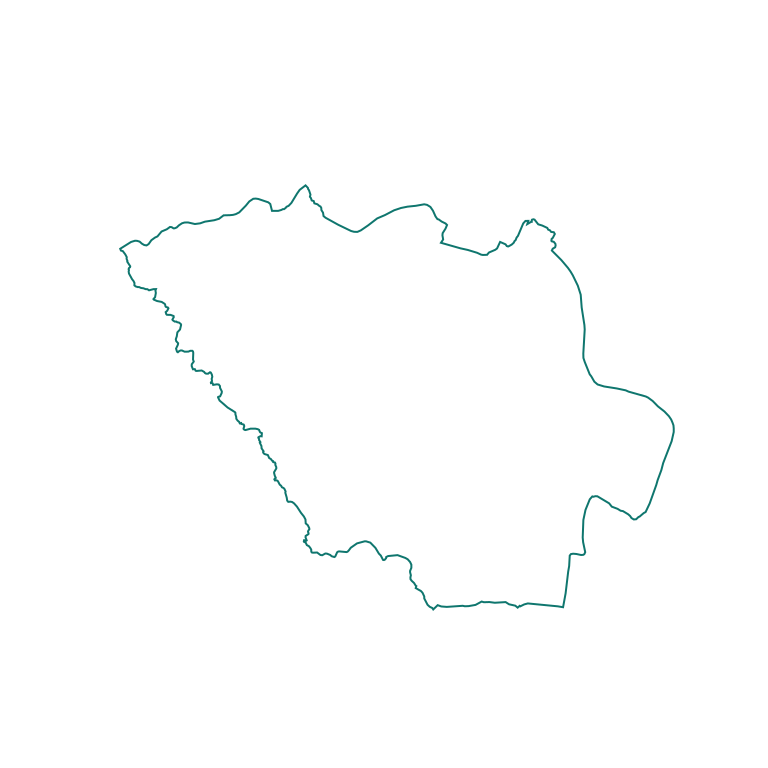 Ziro, Ziro, Burkina Faso, rotated 197°
{"feature_id": "67063806B63771125198412", "entity_name": "Ziro", "entity_type": "district", "adm_level": 2, "iso_a3": "BFA", "parent_name": "Burkina Faso", "parent_adm1": "Ziro", "projection": "orthographic", "projection_center": [-1.788, 11.64], "detail": "fine", "context": "isolated", "style": "outline", "palette": "teal", "viewbox_px": 768, "rotation_deg": 197, "n_neighbors": 0, "source": "geoboundaries", "source_scale": "gbopen_adm2", "svg_char_len": 6153}
<svg xmlns="http://www.w3.org/2000/svg" viewBox="0 0 768 768"><g transform="rotate(197 384 384)"><path d="M147.5,222.9L149.1,236.8L153.0,258.4L153.7,264.0L156.2,274.2L155.5,276.0L153.5,277.0L150.2,277.7L145.5,278.1L143.5,278.9L142.7,279.8L142.4,282.0L147.3,290.9L149.1,295.3L153.6,312.3L154.5,322.5L153.5,333.9L151.9,337.4L150.8,337.4L149.1,338.5L147.1,339.0L133.8,335.7L130.3,333.3L124.1,332.9L120.7,332.0L118.3,332.3L112.4,330.8L110.0,329.7L108.2,328.2L105.5,327.5L103.3,328.4L101.7,331.3L100.9,331.8L97.9,336.5L96.4,338.0L95.0,347.5L94.1,367.0L94.2,372.1L93.6,382.7L93.9,390.0L92.2,413.4L92.9,422.8L93.9,426.1L95.1,429.1L96.8,431.4L99.0,434.0L102.1,436.5L107.8,439.7L115.5,442.7L122.1,446.3L127.5,448.2L130.0,448.6L147.9,448.2L151.0,448.6L160.1,447.8L172.8,446.0L179.6,446.0L183.5,447.7L188.1,452.0L190.1,453.4L198.5,463.8L200.9,467.2L202.3,471.4L208.0,494.8L209.6,499.0L217.3,514.9L222.0,526.9L227.4,534.7L235.2,543.1L238.5,546.1L242.0,548.8L250.7,554.4L262.5,560.7L262.2,562.7L260.3,564.8L260.4,566.7L261.1,568.2L263.2,569.6L265.4,569.5L265.8,569.9L266.1,571.8L265.3,573.1L264.5,577.4L266.0,578.8L268.6,578.3L270.3,579.5L272.1,579.6L273.5,581.0L279.0,581.8L283.2,581.8L288.1,585.2L289.3,585.2L290.5,584.4L290.6,583.6L290.1,582.3L290.9,581.9L293.7,578.8L293.7,582.2L296.4,581.3L297.8,578.3L299.2,564.8L300.0,562.8L300.2,560.1L301.0,558.7L301.2,557.1L302.6,554.7L304.6,552.6L305.5,551.8L306.2,551.8L306.9,551.8L308.6,553.1L314.5,553.8L315.5,546.7L316.8,544.9L322.1,540.4L323.2,537.7L327.2,536.3L329.0,536.1L333.3,536.7L343.0,536.7L350.6,536.1L370.8,535.7L369.7,539.5L371.6,543.3L372.0,545.4L370.6,550.6L370.2,554.5L372.1,555.5L376.4,556.2L379.9,557.4L381.1,557.3L383.7,559.3L387.8,564.0L391.4,566.9L395.2,567.9L398.1,567.6L405.7,563.7L413.3,560.5L419.2,557.3L425.1,553.1L432.5,545.8L438.9,540.4L445.6,531.0L451.1,524.1L453.9,521.7L457.1,520.8L460.2,520.7L474.4,522.9L488.5,525.9L490.9,526.9L492.4,530.0L494.7,532.0L495.5,534.1L496.7,535.2L497.7,535.3L500.2,536.4L503.4,536.4L504.7,538.4L506.8,538.4L508.3,540.5L509.6,541.4L509.7,543.6L512.4,547.4L513.5,548.2L514.1,549.3L517.1,551.0L521.4,545.0L522.8,540.7L525.5,530.1L527.3,526.5L529.0,525.0L529.5,523.7L530.7,522.0L531.8,521.7L533.1,520.4L535.7,518.7L541.7,516.8L545.4,522.9L547.8,523.9L558.3,524.2L560.9,523.8L563.2,522.9L566.2,519.2L568.3,514.1L572.6,505.8L575.4,503.1L577.8,501.6L580.7,500.4L586.7,498.4L590.0,493.8L594.2,491.0L602.7,486.9L606.8,483.9L611.6,481.7L618.6,481.2L622.0,480.1L624.2,478.6L626.5,475.8L628.0,473.1L629.7,471.7L630.8,471.3L632.9,471.9L634.6,471.6L636.9,468.5L641.3,464.8L643.8,458.9L645.8,457.1L648.5,453.5L650.0,449.0L651.6,447.1L653.9,446.8L656.5,447.4L659.3,448.7L662.0,448.7L664.0,448.2L667.4,445.9L675.8,436.2L674.6,434.7L672.6,434.7L669.3,432.3L667.1,430.1L666.8,428.5L665.3,426.6L665.3,425.9L661.1,422.4L661.0,421.5L661.8,420.2L661.8,419.1L661.2,418.4L661.1,417.0L660.2,415.1L655.6,410.6L653.6,409.2L652.2,407.7L651.5,405.3L649.9,404.7L647.7,404.7L646.6,405.1L644.4,404.8L642.0,405.2L639.7,405.0L638.0,405.5L636.1,404.9L632.2,407.3L629.8,408.1L629.9,406.6L628.8,404.3L628.3,400.1L629.3,397.8L628.8,397.4L625.3,397.0L620.6,397.5L617.4,396.6L616.7,396.2L615.6,394.3L614.8,393.9L613.1,394.0L612.3,393.4L612.7,390.7L613.8,388.9L612.6,387.1L611.8,386.7L608.3,387.7L605.1,387.5L604.6,386.5L605.2,383.8L604.7,383.2L602.4,382.5L600.8,383.0L599.9,382.6L597.9,382.8L595.8,381.9L595.3,381.2L595.0,376.5L596.7,373.0L596.1,369.0L596.2,365.9L595.2,364.2L592.8,362.8L592.6,361.3L593.2,357.0L591.4,354.4L590.4,354.1L589.4,355.7L588.3,356.6L587.1,357.0L584.1,356.6L580.5,357.8L579.0,359.1L577.0,359.7L576.2,359.3L575.5,358.0L573.8,351.6L572.5,349.8L573.6,346.7L573.2,345.0L571.0,342.2L569.3,342.9L568.0,341.6L567.0,341.7L562.3,343.6L559.6,343.0L558.3,342.1L557.2,341.9L555.3,342.4L553.8,344.4L553.0,344.3L551.4,342.7L550.3,340.7L550.3,338.5L549.3,336.5L550.0,334.8L549.7,334.2L548.6,334.7L548.0,334.5L547.1,333.2L543.8,334.8L541.9,335.2L540.3,334.1L539.6,332.3L536.9,329.5L536.6,328.0L537.1,324.3L538.8,323.2L538.8,322.7L536.4,320.1L526.7,315.8L518.3,313.5L517.6,312.9L517.3,311.7L515.7,309.3L515.1,307.6L513.3,306.2L511.4,305.4L510.4,304.2L509.2,304.9L508.8,304.1L506.4,304.2L505.8,303.7L505.3,302.8L505.3,300.3L505.0,299.8L504.0,299.4L502.9,299.5L498.5,302.3L493.8,303.7L491.5,303.9L490.0,303.6L488.8,302.0L488.0,301.5L486.4,301.3L485.7,298.2L486.9,298.0L488.5,296.4L488.5,295.9L487.4,294.9L487.1,293.9L485.2,292.3L485.6,291.5L483.1,288.9L482.2,286.6L479.5,284.5L479.8,283.6L478.9,282.6L477.8,282.1L474.3,282.1L472.1,279.6L470.3,279.2L468.5,277.9L467.5,277.8L467.1,276.9L465.3,277.0L464.5,276.1L464.3,274.9L462.7,273.0L462.3,271.7L463.3,267.6L463.1,266.8L461.6,264.3L460.1,262.7L460.1,262.2L460.8,261.6L461.0,260.8L460.1,259.9L458.4,260.5L457.1,260.1L454.3,257.3L452.6,256.6L451.4,255.4L449.7,255.2L448.6,254.6L446.7,252.5L446.6,251.2L443.8,246.9L442.5,244.2L441.1,243.3L439.2,244.1L437.4,244.3L435.2,243.6L431.4,241.3L425.7,236.5L421.9,233.9L419.5,231.5L418.1,227.8L415.6,226.7L413.5,224.5L412.9,223.4L413.5,221.6L413.5,220.5L412.5,219.2L412.4,218.3L414.5,215.8L414.2,214.4L412.2,211.8L412.5,211.4L414.7,211.3L414.7,210.1L414.4,209.7L412.5,209.4L410.7,207.4L408.3,206.9L406.5,205.6L405.2,204.4L404.5,202.4L403.8,201.8L402.6,201.9L398.7,203.3L394.8,201.9L393.0,202.2L390.6,204.7L389.1,205.1L385.5,204.8L383.7,204.0L380.9,204.0L380.2,204.8L379.6,209.4L378.9,210.3L378.0,210.8L370.7,212.3L369.8,213.0L369.0,214.6L367.9,217.7L363.2,223.7L356.5,227.9L355.2,228.3L350.7,228.3L344.3,224.8L339.3,220.3L336.9,219.0L333.5,215.5L332.6,215.6L331.8,216.3L331.1,218.0L331.3,219.2L329.7,220.7L321.0,224.3L312.8,223.9L310.1,223.3L307.0,221.4L305.0,219.2L304.1,216.2L304.4,212.8L303.9,211.4L302.4,209.0L302.2,206.8L301.6,205.1L300.0,203.9L297.1,202.5L294.7,200.4L294.0,200.2L294.0,198.1L288.1,196.8L286.1,195.6L283.4,192.6L282.8,190.7L277.8,185.6L275.1,184.3L272.3,183.9L271.0,182.8L268.0,188.2L264.2,188.0L258.8,189.2L243.9,194.9L241.7,195.1L238.2,196.3L231.9,199.5L227.0,204.5L224.7,204.5L219.4,206.3L214.1,207.2L203.9,211.0L200.0,209.9L193.6,210.4L190.8,209.2L189.4,211.5L188.7,211.2L185.5,214.2L182.3,216.2L152.8,222.2L147.5,222.9Z" fill="none" stroke="#0f766e" stroke-width="2"/></g></svg>